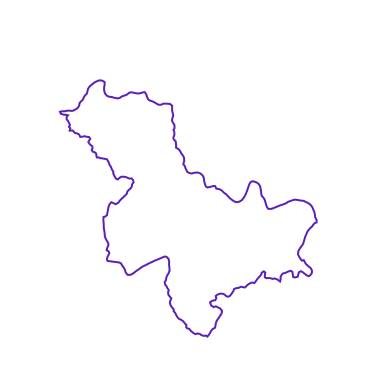 Virgem da Lapa, Minas Gerais, Brazil (Albers equal-area conic projection), rotated 337°
{"feature_id": "56859067B3157753034175", "entity_name": "Virgem da Lapa", "entity_type": "district", "adm_level": 2, "iso_a3": "BRA", "parent_name": "Brazil", "parent_adm1": "Minas Gerais", "projection": "albers", "projection_center": [-42.339, -16.692], "detail": "fine", "context": "isolated", "style": "outline", "palette": "violet", "viewbox_px": 384, "rotation_deg": 337, "n_neighbors": 0, "source": "geoboundaries", "source_scale": "gbopen_adm2", "svg_char_len": 5447}
<svg xmlns="http://www.w3.org/2000/svg" viewBox="0 0 384 384"><g transform="rotate(337 192 192)"><path d="M276.6,238.6L274.3,239.1L272.4,239.1L270.0,238.9L266.8,238.7L263.4,238.7L260.1,238.7L258.1,238.4L255.5,237.2L255.1,235.0L255.2,232.8L255.6,230.2L255.9,227.2L255.5,225.0L254.8,223.2L254.8,221.5L255.5,219.5L256.0,217.7L256.4,215.7L256.9,213.8L256.7,211.3L255.7,209.1L254.2,207.5L252.3,205.9L250.2,205.7L248.2,206.9L246.2,209.0L244.4,211.0L242.7,212.9L240.8,214.8L238.9,216.4L237.0,217.7L234.8,218.9L233.0,219.3L230.7,219.3L228.9,218.7L227.5,217.5L226.4,216.0L225.4,214.3L224.4,212.5L223.5,210.1L222.7,207.8L221.8,206.3L220.9,204.6L220.0,202.2L218.2,200.0L215.7,198.4L215.6,195.6L214.0,194.8L211.0,194.5L208.1,193.9L207.0,192.5L207.0,190.1L207.5,186.6L208.4,183.6L208.3,181.0L207.0,178.3L205.4,176.7L203.9,175.9L201.9,175.3L199.6,175.0L198.0,174.3L196.7,173.2L195.5,171.7L195.4,169.8L195.3,167.5L195.5,165.3L194.9,162.9L197.0,160.4L198.1,157.2L197.8,154.5L197.2,151.8L197.0,149.2L196.2,147.0L194.6,144.9L195.5,143.2L196.1,141.3L196.8,138.9L195.7,136.5L196.2,134.4L198.0,132.7L199.1,130.1L199.2,127.6L200.7,126.6L201.6,124.8L202.0,122.8L201.5,120.7L201.5,118.3L202.8,116.4L204.7,114.2L205.0,112.2L205.5,109.6L206.3,107.3L207.4,104.9L206.2,102.4L203.6,101.0L200.3,99.5L197.6,99.6L195.3,98.6L193.7,96.6L192.3,94.6L190.5,92.6L188.8,91.3L187.8,89.3L187.8,87.0L188.0,84.1L187.5,81.6L185.7,81.1L183.8,80.9L181.2,80.5L178.3,78.7L176.6,77.5L175.1,76.5L173.1,76.1L170.2,76.9L167.9,76.9L166.2,76.7L164.4,76.7L162.3,77.2L160.0,76.7L157.6,75.2L155.4,73.3L152.8,71.8L151.2,70.0L150.5,67.7L150.7,64.5L151.9,61.5L153.6,58.9L154.5,56.6L152.8,54.3L150.3,53.0L147.6,52.9L145.2,53.1L142.6,53.7L139.1,54.8L136.6,56.4L135.0,58.6L133.5,60.5L131.4,61.3L129.3,62.6L127.8,64.3L125.4,65.2L123.2,66.2L121.9,68.4L120.0,69.8L118.1,70.3L115.9,70.6L114.0,70.7L112.3,70.0L110.6,69.0L108.4,68.3L105.9,67.8L103.9,66.9L101.8,66.6L101.9,68.8L104.0,70.6L106.1,71.7L107.8,72.9L105.9,74.0L105.0,76.1L105.6,78.0L105.8,80.4L105.8,82.8L104.2,83.9L104.9,85.8L103.4,87.7L106.2,88.8L107.4,92.1L109.2,93.2L110.5,94.9L110.7,97.6L112.8,98.3L114.7,98.6L116.5,99.9L118.7,101.2L119.1,103.4L117.5,104.4L116.1,105.4L116.4,107.4L117.1,109.3L118.1,110.9L117.7,112.7L116.1,114.1L116.4,116.1L117.9,117.3L118.8,119.0L118.3,120.9L117.9,123.0L119.7,123.8L120.9,125.1L122.7,126.1L124.4,127.2L126.5,128.6L126.9,131.9L126.7,134.7L127.2,137.2L127.1,140.0L127.5,142.5L126.7,144.5L126.9,147.1L127.1,149.8L128.5,151.4L130.7,150.7L132.9,150.3L134.9,151.2L136.7,152.1L138.0,153.5L139.5,155.1L141.8,156.0L142.4,158.4L141.9,160.4L139.9,161.5L138.6,163.5L136.8,164.8L134.6,165.4L132.7,166.3L131.4,168.1L129.1,169.1L126.9,169.9L125.0,170.6L122.4,171.6L120.0,173.1L117.0,173.4L115.3,171.5L113.8,169.9L111.3,171.0L109.3,173.2L107.7,175.6L106.2,177.8L104.6,180.1L102.6,180.7L100.7,180.5L99.3,183.6L98.2,187.1L97.0,190.0L96.3,192.6L95.7,195.1L94.6,198.3L94.3,200.6L94.5,203.0L94.8,205.4L94.8,207.2L93.9,208.7L92.0,210.4L90.7,212.3L92.1,214.1L92.0,216.0L90.7,217.2L89.2,218.4L87.5,220.3L87.2,222.3L89.4,223.7L92.1,225.3L95.0,227.0L97.4,228.4L98.8,230.0L98.9,231.9L99.3,233.7L99.7,235.5L99.8,237.3L99.5,240.0L100.3,243.0L102.5,244.1L105.1,244.1L107.2,243.7L109.4,243.0L111.6,242.6L113.8,242.1L115.9,241.6L118.1,241.3L120.7,241.2L124.5,240.9L127.9,240.8L130.5,240.6L133.3,240.7L135.9,240.7L137.6,240.7L139.8,240.7L141.6,240.7L143.2,241.7L144.3,244.5L143.8,247.1L142.6,249.6L141.7,252.7L140.7,255.5L138.8,257.6L136.9,258.9L135.4,260.1L134.4,261.7L133.4,263.1L131.7,264.2L131.1,266.7L131.7,268.7L131.8,270.9L132.3,273.2L130.9,274.8L130.1,277.4L130.8,279.9L131.4,281.9L129.3,283.8L128.2,285.5L128.1,288.4L128.6,290.7L129.3,293.0L128.5,294.7L129.3,296.5L129.4,299.4L129.7,301.7L130.6,303.9L132.0,305.3L133.3,307.3L134.0,309.9L134.9,312.3L133.8,313.9L134.3,315.7L135.9,316.8L136.8,319.7L138.1,322.2L139.5,324.2L141.5,324.3L143.7,325.6L144.7,327.4L146.7,329.1L148.7,329.6L149.6,331.1L151.8,330.0L153.5,328.8L155.3,327.3L157.5,326.2L160.0,326.0L161.3,324.4L162.3,322.6L163.8,320.8L165.2,319.7L167.3,318.4L169.5,316.9L171.7,315.5L173.2,313.1L172.4,310.1L170.6,308.2L169.3,306.5L167.0,306.5L165.3,303.8L165.5,300.6L168.3,300.0L171.1,300.7L172.8,299.4L173.2,297.0L175.5,296.4L178.4,296.6L180.5,297.7L181.9,299.1L182.9,301.5L184.7,302.6L186.6,302.3L189.0,300.9L191.2,299.5L192.8,297.8L194.6,297.7L197.2,298.4L200.2,298.4L201.8,299.5L203.4,300.6L205.6,299.7L207.3,299.1L209.7,298.7L212.2,298.9L213.8,300.2L216.1,298.9L218.8,297.3L221.2,296.2L223.2,295.2L224.8,293.5L227.1,293.1L228.0,294.8L226.7,296.9L225.7,298.8L226.6,300.3L228.7,301.0L230.7,302.1L232.2,303.5L234.3,303.9L236.4,305.9L238.1,308.8L239.5,307.0L240.2,305.0L242.1,303.3L244.0,302.5L246.3,303.0L249.1,302.8L251.8,303.0L253.2,304.5L252.7,306.9L251.9,309.8L253.6,311.0L256.2,311.3L257.8,309.2L259.1,307.6L261.4,307.5L262.8,309.4L263.7,311.2L264.9,313.3L266.6,315.2L268.4,314.8L270.6,313.5L271.8,311.0L271.5,308.4L269.9,305.3L268.7,302.7L268.5,300.9L268.2,298.4L266.3,298.1L265.7,295.7L265.4,293.7L265.2,291.1L266.5,288.3L268.3,286.8L270.2,285.5L271.9,284.5L273.9,283.2L275.5,281.4L277.0,279.5L278.8,277.4L280.9,275.4L282.6,273.7L284.8,272.3L287.2,271.3L289.5,270.5L290.9,269.4L292.8,268.6L294.8,268.7L295.8,266.5L295.5,263.3L296.3,260.8L296.8,258.4L296.8,255.9L296.8,253.1L296.4,250.9L295.5,248.9L294.3,247.2L293.0,245.8L291.4,243.9L289.8,242.9L288.0,241.9L285.9,240.5L284.2,239.4L282.0,238.9L279.7,238.8L276.6,238.6Z" fill="none" stroke="#5b21b6" stroke-width="2"/></g></svg>